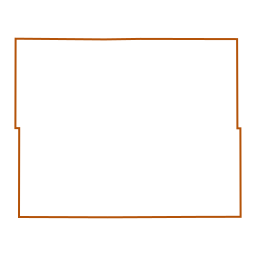 the district of Pope, Minnesota, United States of America
{"feature_id": "52423323B60946121703621", "entity_name": "Pope", "entity_type": "district", "adm_level": 2, "iso_a3": "USA", "parent_name": "United States of America", "parent_adm1": "Minnesota", "projection": "albers", "projection_center": [-95.463, 45.586], "detail": "fine", "context": "isolated", "style": "outline", "palette": "amber", "viewbox_px": 256, "rotation_deg": 0, "n_neighbors": 0, "source": "geoboundaries", "source_scale": "gbopen_adm2", "svg_char_len": 285}
<svg xmlns="http://www.w3.org/2000/svg" viewBox="0 0 256 256"><path d="M19.0,217.0L107.9,217.3L196.2,216.9L240.6,216.8L240.4,128.3L237.4,128.3L237.1,39.1L140.5,38.9L104.6,39.4L104.4,39.4L15.6,38.7L15.4,128.1L19.2,128.1L19.0,217.0Z" fill="none" stroke="#b45309" stroke-width="2"/></svg>